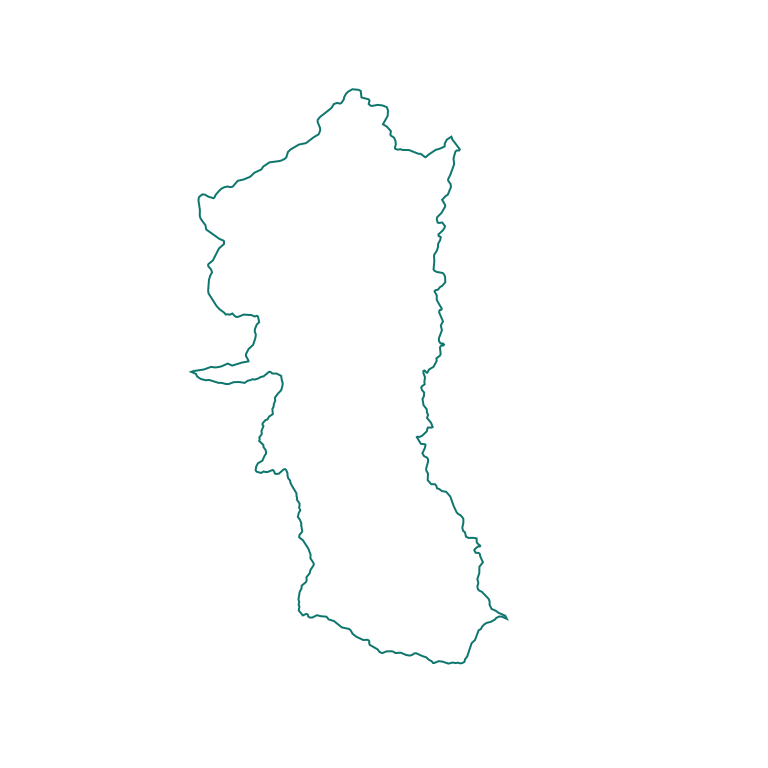 outline of Acobamba, Huancavelica, Peru, rotated 49°
{"feature_id": "86281439B92156205332271", "entity_name": "Acobamba", "entity_type": "district", "adm_level": 2, "iso_a3": "PER", "parent_name": "Peru", "parent_adm1": "Huancavelica", "projection": "albers", "projection_center": [-74.569, -12.778], "detail": "fine", "context": "isolated", "style": "outline", "palette": "teal", "viewbox_px": 768, "rotation_deg": 49, "n_neighbors": 0, "source": "geoboundaries", "source_scale": "gbopen_adm2", "svg_char_len": 6165}
<svg xmlns="http://www.w3.org/2000/svg" viewBox="0 0 768 768"><g transform="rotate(49 384 384)"><path d="M641.8,445.4L638.4,444.5L632.0,447.6L628.3,448.5L624.2,450.4L619.6,449.0L617.7,447.1L614.8,446.0L605.0,446.5L602.5,447.6L600.3,447.7L597.8,446.2L596.7,444.1L595.4,442.9L592.5,441.6L589.3,436.2L584.5,431.9L583.5,426.3L577.6,424.6L575.0,423.2L573.5,423.4L571.6,425.5L568.9,425.1L568.3,424.1L568.2,420.4L568.5,419.3L569.5,418.4L569.2,417.5L565.7,418.0L564.0,417.7L561.3,415.4L558.8,417.4L555.7,421.1L553.1,422.3L549.0,420.2L546.6,420.6L544.6,419.6L543.5,418.8L540.7,415.0L537.5,412.4L533.5,412.3L530.6,413.3L528.6,413.4L522.2,411.6L512.4,407.8L506.1,407.8L502.9,410.5L499.3,411.3L497.6,412.4L495.0,411.3L493.2,411.2L490.6,414.1L485.2,414.1L480.5,409.6L477.1,408.9L475.5,407.7L471.6,401.8L469.8,400.2L467.9,399.8L464.5,401.1L461.5,400.5L459.0,394.9L457.1,392.5L456.1,392.8L453.4,395.4L445.6,394.1L445.6,393.5L447.3,391.8L448.1,389.1L447.8,382.7L446.1,380.5L445.7,379.3L448.2,376.6L448.4,375.5L444.3,374.0L437.9,373.8L436.2,371.0L433.6,370.2L431.0,368.3L426.0,368.1L421.7,365.5L420.7,364.9L419.3,361.8L416.8,359.3L413.3,359.3L411.2,358.2L410.6,357.3L410.9,353.5L408.7,352.0L405.8,348.6L401.6,347.1L400.0,345.6L400.5,344.5L403.4,344.4L403.9,343.8L402.6,340.6L403.5,335.3L401.1,329.0L399.0,327.6L399.3,323.4L398.7,321.7L393.4,318.0L392.7,316.8L392.6,315.4L393.9,314.0L393.7,312.9L392.4,312.8L390.2,314.7L387.5,314.3L385.4,312.4L381.5,305.1L377.1,302.7L375.4,298.4L366.1,295.4L364.7,293.7L365.6,292.0L365.0,291.0L356.7,289.4L354.7,288.7L351.9,286.1L347.3,285.1L346.9,283.8L348.2,281.5L347.6,277.8L348.1,275.9L347.4,271.0L343.3,267.7L340.9,266.8L338.7,266.9L334.0,270.7L331.7,271.6L330.1,271.5L324.2,265.3L320.2,262.3L319.2,260.8L318.1,256.8L316.1,253.4L313.7,251.2L312.2,247.1L310.5,244.9L309.8,244.8L308.3,245.7L306.8,244.8L306.7,238.7L305.7,235.6L304.9,234.4L300.3,234.1L298.5,236.9L297.3,237.6L294.3,236.1L293.0,234.4L292.6,228.3L290.2,221.4L289.0,220.4L283.1,219.3L282.6,214.1L283.0,211.7L279.3,204.3L276.9,202.6L272.9,202.2L271.6,201.4L269.6,196.7L264.1,186.8L259.3,183.5L255.5,177.7L255.4,176.0L257.1,174.0L256.6,172.8L244.3,172.0L241.6,170.9L240.8,176.2L242.2,180.0L244.5,182.5L243.0,187.6L241.2,191.4L240.1,200.1L240.2,203.5L239.7,204.2L234.3,205.3L232.8,207.0L223.9,211.6L219.3,216.7L217.5,217.6L216.2,219.9L213.9,221.2L213.0,220.9L210.9,217.9L208.3,216.0L204.7,214.8L200.8,215.9L199.8,215.4L197.7,212.9L191.5,213.0L187.3,214.4L184.1,205.4L180.0,201.4L176.8,200.3L172.8,202.4L169.2,205.6L166.3,210.6L165.4,211.4L162.7,211.9L160.6,209.0L159.1,208.8L153.0,213.0L147.5,209.3L145.2,210.3L140.8,214.5L139.8,219.5L140.0,222.1L141.3,225.7L143.0,228.0L143.9,231.8L143.5,233.3L141.1,235.0L139.8,238.3L141.0,241.6L141.2,243.5L140.5,256.6L141.1,260.6L142.5,262.1L148.6,264.2L150.5,265.5L152.5,268.9L152.6,270.1L151.6,275.5L151.0,284.9L147.5,291.1L145.7,300.5L145.9,304.3L148.9,309.1L149.0,310.7L148.1,314.6L147.1,316.7L141.6,325.0L140.7,332.4L141.6,335.9L139.5,343.3L139.8,349.1L137.5,355.9L134.7,361.1L135.8,368.7L134.6,370.9L132.2,372.6L130.5,376.0L129.9,379.0L130.1,382.0L130.8,387.0L132.0,389.6L132.0,390.7L127.5,393.6L123.5,395.0L121.7,396.7L121.5,400.4L122.3,402.1L123.9,403.7L131.9,408.8L136.1,412.6L138.3,413.7L140.7,414.1L147.0,414.6L150.8,416.8L166.6,413.0L170.2,411.2L171.3,411.1L173.4,413.0L173.4,419.5L178.5,432.2L178.3,437.7L178.6,438.5L179.7,439.3L184.2,439.4L186.9,440.5L188.3,444.1L190.6,447.8L198.1,455.4L200.5,457.0L215.2,459.2L219.5,459.1L225.4,457.8L227.7,457.9L228.9,456.1L230.5,455.0L231.3,452.2L235.1,452.0L236.7,451.3L237.7,449.8L239.6,444.3L245.2,438.7L248.1,437.4L249.2,435.1L250.7,435.0L255.5,437.7L255.6,440.9L257.7,445.1L259.6,447.2L262.3,448.1L263.6,449.3L265.3,451.5L268.6,457.1L268.7,463.1L270.9,468.6L272.2,469.8L277.4,470.9L278.0,471.5L274.7,477.0L270.5,486.5L266.0,488.6L264.1,495.0L262.5,498.0L260.7,500.6L257.6,503.3L254.9,510.4L249.3,519.2L248.4,521.5L252.9,519.3L255.8,520.1L260.0,519.0L264.4,515.9L266.2,513.3L274.5,508.2L276.5,505.9L280.3,503.3L282.1,501.3L283.9,496.5L285.0,495.0L287.9,491.6L291.7,488.5L292.2,484.4L293.5,482.3L294.0,480.2L295.7,478.9L297.4,475.0L297.8,472.5L299.2,469.9L299.4,462.6L300.7,461.7L302.8,461.4L305.7,458.2L310.4,456.3L314.9,459.1L316.6,459.6L318.8,461.9L320.9,465.1L321.4,466.9L321.6,470.0L322.8,475.4L325.2,477.0L327.0,480.5L328.6,482.0L329.5,484.5L333.8,487.7L333.2,492.2L334.3,495.1L333.5,497.1L334.0,501.3L335.1,502.5L336.3,502.4L336.9,502.9L339.0,507.2L341.6,509.1L342.5,513.1L344.2,514.1L345.1,515.6L350.7,515.0L352.7,516.4L355.5,516.5L357.2,517.2L359.2,518.7L359.7,520.9L362.1,526.2L361.1,531.1L362.6,534.8L364.9,537.5L366.6,537.7L370.5,535.1L371.0,532.3L372.7,531.2L374.1,529.5L375.8,524.4L377.8,524.2L379.8,525.1L381.0,524.6L382.7,522.2L382.6,516.3L382.8,515.2L383.4,514.5L384.7,514.3L387.7,515.2L390.3,517.2L392.5,518.2L395.2,518.2L396.8,519.2L399.1,520.0L409.1,521.8L411.5,523.8L412.7,524.1L414.0,525.6L418.8,526.2L420.4,527.5L421.5,529.1L424.5,530.1L425.2,532.6L427.7,536.2L431.3,536.5L435.1,537.9L436.3,539.4L437.6,539.7L438.6,540.7L440.6,541.6L441.8,542.7L442.4,546.7L444.1,548.6L448.7,547.7L458.5,549.1L464.5,551.3L467.3,553.9L472.6,554.6L474.0,555.2L474.8,556.6L476.0,561.3L478.1,564.3L478.9,569.2L481.1,570.9L482.3,572.8L482.2,578.4L484.1,580.3L485.7,584.2L490.4,589.8L493.1,591.2L494.6,593.3L496.6,593.9L498.9,596.9L505.4,597.1L506.5,593.5L507.1,593.0L508.4,592.9L509.6,593.7L511.5,593.3L513.2,591.4L514.5,586.3L518.1,583.8L521.8,580.1L525.4,580.2L530.0,577.3L540.0,575.5L546.1,571.0L548.2,570.8L552.0,571.6L556.8,570.6L563.6,567.6L565.9,564.6L567.3,563.8L568.4,563.8L570.0,565.3L571.5,565.9L580.2,562.9L582.8,563.2L585.2,562.4L586.0,561.7L587.4,557.6L590.6,553.7L592.2,552.5L594.5,551.9L597.8,547.6L603.0,545.1L605.9,542.7L606.9,540.6L607.2,537.9L608.2,536.4L615.0,533.3L617.8,531.5L621.9,531.0L624.4,529.9L626.8,530.0L627.5,529.1L629.1,524.5L631.9,522.0L637.3,518.8L639.2,515.0L641.9,512.8L642.8,511.0L644.7,509.9L645.9,508.2L646.5,505.7L644.9,503.3L644.3,500.1L637.1,487.9L636.9,483.2L632.0,474.2L632.5,471.7L631.5,469.2L631.2,465.8L631.7,463.1L633.6,459.4L634.5,454.9L634.2,452.8L635.1,449.5L637.1,447.6L641.8,445.4Z" fill="none" stroke="#0f766e" stroke-width="2"/></g></svg>